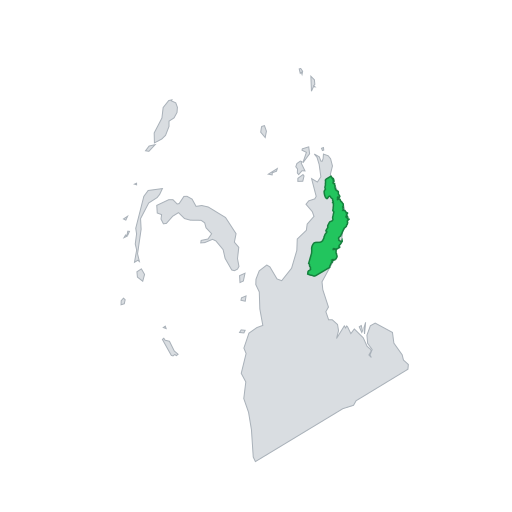 location of Central within Papua New Guinea, rotated 239°
{"feature_id": "PNG-1249", "entity_name": "Central", "entity_type": "Province", "adm_level": 1, "iso_a3": "PNG", "parent_name": "Papua New Guinea", "parent_adm1": "", "projection": "natural_earth1", "projection_center": [147.941, -9.068], "detail": "fine", "context": "in_parent", "style": "filled", "palette": "green", "viewbox_px": 512, "rotation_deg": 239, "n_neighbors": 0, "source": "natural_earth", "source_scale": "10m", "svg_char_len": 9152}
<svg xmlns="http://www.w3.org/2000/svg" viewBox="0 0 512 512"><g transform="rotate(239 256 256)"><path d="M80.7,327.9L80.4,267.3L77.8,262.7L80.4,251.9L80.1,149.6L85.1,150.1L109.4,162.6L125.8,169.1L140.1,172.1L153.3,182.4L163.0,182.9L177.5,197.3L183.3,198.2L193.5,210.2L194.2,219.9L193.0,226.1L208.6,232.0L223.5,240.3L231.6,241.1L236.1,244.0L241.6,251.1L242.7,260.6L239.5,262.3L225.5,262.2L221.6,265.3L227.2,280.2L239.8,293.9L249.3,300.1L252.1,312.4L257.0,316.3L260.1,326.1L265.0,327.1L274.6,325.5L276.1,329.6L274.7,335.8L276.1,338.3L293.7,343.5L287.8,346.7L290.5,352.4L302.0,357.3L309.1,359.1L313.4,358.5L308.4,361.3L303.9,360.5L303.1,361.4L304.9,363.7L308.6,366.3L304.7,369.5L300.9,370.0L293.8,367.9L287.6,361.7L268.4,359.1L261.7,356.4L256.5,357.3L240.9,354.0L235.8,349.7L232.4,343.1L223.2,335.3L221.0,331.4L221.9,326.3L219.4,327.1L214.0,323.3L199.9,299.3L192.7,295.9L174.9,291.8L172.3,287.2L163.9,285.4L162.1,288.5L155.3,290.6L149.5,288.3L143.8,282.5L150.6,295.7L148.2,295.7L149.3,297.7L148.0,298.0L140.6,297.3L142.8,302.7L130.6,305.8L121.5,304.7L117.1,306.1L115.3,305.9L113.0,301.8L109.6,302.6L112.4,302.7L116.0,307.4L123.6,306.7L131.0,310.3L137.3,318.1L137.1,323.6L120.2,333.6L110.3,329.3L96.0,330.4L90.9,328.8L84.5,330.7L80.7,327.9ZM336.6,193.6L340.1,196.4L343.7,193.5L350.5,197.0L349.2,210.2L347.0,213.8L341.2,215.2L340.5,217.1L344.2,224.9L342.7,227.6L337.7,230.5L329.4,230.2L327.2,235.5L322.6,240.3L304.7,249.7L285.4,250.4L279.0,244.6L272.3,245.7L263.3,238.8L255.8,236.0L254.3,233.4L254.5,230.0L256.5,228.0L269.9,228.3L278.4,231.1L289.6,229.4L292.7,227.3L293.9,218.9L295.7,215.4L297.6,217.0L295.3,223.6L297.9,229.4L305.9,227.7L310.9,229.1L314.9,227.3L320.5,218.2L324.9,214.0L333.1,211.9L333.0,205.1L330.1,195.9L331.3,193.2L336.6,193.6ZM434.2,261.3L433.2,264.3L432.7,263.3L428.6,266.1L423.9,265.2L419.7,262.2L416.6,256.9L416.4,250.9L411.9,248.2L406.0,240.6L404.8,235.5L405.3,227.2L413.9,232.1L422.7,246.4L431.1,252.9L434.2,261.3ZM367.7,197.3L362.0,210.5L358.4,205.1L357.0,201.3L356.7,191.3L347.5,176.3L338.1,171.3L318.9,155.6L311.3,153.2L313.2,152.5L313.2,148.6L322.6,156.8L328.5,158.7L336.4,165.0L341.7,167.2L364.9,190.6L367.7,197.3ZM214.5,132.2L232.7,132.8L233.0,134.6L230.6,134.7L227.5,137.9L216.7,137.0L211.9,138.6L211.6,136.4L213.4,135.7L213.1,133.4L214.5,132.2ZM305.9,334.2L309.2,336.4L312.0,336.1L314.2,338.7L314.5,342.9L313.3,343.9L312.5,342.6L303.7,341.8L305.4,339.3L303.8,334.5L305.9,334.2ZM304.0,151.1L297.6,151.0L292.7,145.9L299.0,143.5L303.8,145.8L304.0,151.1ZM318.9,352.6L323.0,349.9L324.0,350.9L322.4,357.4L316.0,354.6L311.7,344.1L318.9,352.6ZM352.8,324.9L359.7,323.8L363.1,326.6L364.1,327.6L363.4,330.4L357.6,329.2L352.8,324.9ZM368.7,388.4L381.8,395.6L376.9,396.8L372.8,394.8L372.3,393.1L370.6,393.7L371.5,392.4L368.7,388.4ZM246.9,237.7L241.1,232.3L241.5,228.6L247.6,231.8L246.9,237.7ZM301.6,338.2L299.9,338.4L296.0,334.6L298.4,330.3L301.0,331.9L301.6,338.2ZM403.4,226.9L400.9,218.1L403.1,215.5L405.3,221.0L403.4,226.9ZM226.9,226.9L222.8,223.5L225.8,220.3L227.6,222.0L226.9,226.9ZM288.1,120.7L285.9,121.3L282.9,118.5L283.7,115.2L287.1,117.4L288.1,120.7ZM200.3,205.2L197.9,208.4L196.3,206.0L198.9,202.5L200.3,205.2ZM319.8,308.7L320.0,319.3L318.1,317.2L319.0,312.8L317.2,311.6L319.8,308.7ZM138.8,311.5L142.7,315.8L133.3,308.9L138.8,311.5ZM142.2,310.4L137.0,308.7L136.0,307.3L142.1,308.0L142.2,310.4ZM394.1,389.4L393.7,390.9L390.3,391.1L388.0,389.0L390.2,389.5L389.8,388.0L394.1,389.4ZM356.0,161.5L356.2,166.4L353.8,162.9L356.0,161.5ZM343.3,158.9L342.3,160.2L339.9,156.8L340.3,156.1L343.3,158.9ZM314.6,367.6L314.2,369.7L311.9,368.6L312.2,367.3L314.6,367.6ZM341.2,155.1L339.4,155.7L339.7,152.3L341.2,155.1ZM242.4,139.7L242.6,142.1L240.1,141.6L242.4,139.7ZM380.2,188.8L379.9,191.1L378.5,190.3L380.2,188.8Z" fill="#d9dde1" stroke="#a8b0b8" stroke-width="1"/><path d="M285.8,361.3L285.2,361.3L284.4,361.5L283.9,361.6L283.3,361.3L283.1,361.5L282.8,361.7L282.4,361.5L282.2,361.7L282.6,361.9L282.6,362.1L281.8,362.1L281.6,362.0L281.6,361.5L281.4,361.3L281.2,361.4L281.0,361.6L280.7,361.7L280.3,361.5L280.6,361.3L280.6,361.1L280.4,361.0L279.8,360.9L279.7,360.7L279.7,360.4L279.6,360.1L278.5,359.6L278.2,359.8L277.8,360.3L277.6,360.6L277.3,360.3L276.8,360.2L276.3,360.0L275.9,360.0L275.6,359.9L273.9,358.9L273.5,358.8L272.9,358.7L272.5,358.5L272.3,358.5L271.8,358.6L271.6,358.6L271.4,358.5L270.9,358.7L270.6,358.8L270.4,358.9L270.1,359.0L269.8,359.2L269.5,359.5L269.3,359.6L268.9,359.7L268.4,359.5L266.8,358.6L266.5,358.5L266.2,358.5L265.0,358.7L264.7,358.7L264.2,358.5L263.9,358.5L263.7,358.4L263.7,357.8L263.5,357.6L263.6,357.3L263.7,357.2L263.4,357.2L263.5,356.9L263.7,356.7L263.9,356.6L264.3,356.6L264.4,356.4L264.2,356.0L263.9,355.8L263.7,356.2L263.6,356.4L263.3,356.3L263.0,356.2L262.9,356.1L262.8,355.8L262.5,354.9L262.4,354.9L262.2,356.0L262.1,356.6L261.7,356.8L261.4,357.1L261.2,357.2L260.9,357.0L259.8,357.0L259.3,356.8L259.0,356.8L258.9,356.9L258.7,357.1L258.4,357.3L258.1,357.3L256.2,357.4L255.8,357.6L254.3,356.9L254.0,356.5L253.8,356.0L253.4,355.5L252.9,355.5L252.7,355.9L252.4,355.6L252.1,355.3L251.8,355.0L251.3,354.7L251.1,354.7L250.6,354.8L250.5,354.7L250.3,354.6L250.2,354.2L249.7,355.0L248.8,355.6L247.6,355.8L246.7,355.5L246.4,356.1L246.1,356.4L245.8,356.6L245.3,356.3L245.1,355.8L244.9,355.2L244.6,354.7L244.3,354.5L243.9,354.6L243.5,354.7L242.9,354.7L243.3,354.4L243.5,354.0L243.5,353.5L243.2,353.2L243.0,353.3L242.8,353.4L242.7,353.6L242.7,354.2L242.2,353.8L241.3,353.6L240.7,353.7L239.8,354.7L239.6,354.7L239.2,352.5L239.0,352.4L238.7,352.3L238.5,352.2L238.3,352.0L238.2,351.8L237.9,351.8L237.6,351.8L237.4,351.8L237.1,351.5L236.2,350.6L236.1,350.1L235.9,349.7L235.6,349.4L235.3,349.1L234.9,348.7L234.8,348.4L234.7,347.9L234.6,346.8L234.5,346.2L234.3,345.7L232.2,342.5L231.6,341.8L231.3,341.4L231.1,341.0L230.9,340.6L230.4,340.3L230.3,340.5L230.3,339.9L230.1,339.4L229.7,339.1L229.5,338.9L229.5,337.9L229.3,336.9L229.1,336.3L228.8,335.9L228.6,335.8L228.1,335.8L227.9,335.8L227.7,335.7L227.3,335.3L227.1,335.1L226.8,335.1L226.5,335.2L225.7,335.8L224.7,336.1L224.3,336.3L224.2,336.6L224.3,337.0L224.5,337.2L225.1,337.9L224.8,337.8L224.4,337.6L224.0,337.3L223.7,336.4L223.1,335.4L222.8,334.8L222.5,333.5L222.3,332.9L221.9,332.3L221.5,332.1L220.5,332.4L220.3,332.0L220.6,331.9L220.8,331.8L220.8,331.6L220.7,331.3L220.5,331.1L220.3,330.4L220.3,329.6L220.6,329.0L220.5,328.9L220.3,328.7L220.2,328.5L220.1,328.3L220.3,328.2L220.7,328.1L221.3,327.6L221.5,327.3L222.2,326.7L222.4,326.4L222.3,326.1L222.3,325.8L222.2,325.6L221.7,325.5L221.6,325.8L221.5,326.1L221.6,326.4L220.9,327.3L220.6,327.5L219.7,327.6L219.0,327.2L218.3,326.7L217.5,326.2L217.2,326.1L216.8,326.2L216.5,326.2L216.4,326.1L216.0,325.9L214.4,325.5L213.9,325.3L213.4,324.8L213.0,324.2L212.7,323.6L212.3,323.0L212.4,322.7L212.4,322.2L212.2,321.8L212.1,321.7L212.2,321.4L212.3,320.9L212.4,320.6L212.8,320.8L213.2,320.4L213.4,320.1L213.5,319.7L213.5,319.2L213.1,319.6L212.7,319.8L212.5,319.7L212.6,319.2L212.4,319.0L212.4,318.8L212.3,318.6L212.2,318.2L211.9,318.2L211.6,318.2L211.4,318.2L211.3,317.7L211.4,317.4L211.3,317.2L211.2,316.8L211.1,316.6L210.0,315.1L209.7,314.6L209.6,314.3L209.4,314.0L208.3,313.3L208.4,297.0L208.8,295.5L209.3,295.0L210.3,294.3L210.7,293.9L211.8,292.6L213.9,291.0L215.8,292.5L216.0,292.8L216.2,293.4L216.2,294.3L216.2,294.7L216.2,295.2L216.4,295.9L216.6,296.1L216.9,296.1L217.1,296.1L217.4,296.2L217.8,296.6L218.1,296.8L218.4,296.9L219.1,296.7L219.5,296.7L219.9,296.8L220.7,297.2L220.9,297.4L221.2,297.4L221.7,297.5L221.9,297.5L222.1,297.5L222.3,297.4L222.5,297.3L229.8,305.1L232.0,306.6L233.7,307.5L234.8,308.3L235.9,309.6L236.8,311.1L237.3,312.6L236.9,314.2L234.8,317.9L234.6,318.7L234.6,319.2L234.7,320.5L234.8,321.0L235.0,321.3L235.7,322.2L236.1,323.0L236.5,323.5L236.8,323.8L237.3,324.1L237.6,324.5L238.5,325.8L238.8,326.1L239.0,326.3L239.1,326.6L239.9,328.7L240.2,329.1L240.4,329.2L240.7,329.3L240.9,329.2L241.1,329.1L241.3,328.9L241.5,328.8L241.9,329.2L243.2,331.7L243.4,332.1L243.6,332.4L243.8,332.5L244.0,332.6L244.5,332.7L244.7,332.8L245.1,333.1L247.0,336.2L247.2,336.7L247.3,337.2L247.2,337.6L247.0,338.4L246.9,338.9L247.0,339.4L247.3,340.3L247.6,340.7L248.0,340.9L249.0,341.2L249.3,341.3L250.1,342.0L250.6,342.6L252.0,343.8L253.3,345.1L253.7,345.4L254.0,345.5L254.3,345.5L254.5,345.4L254.9,345.3L255.2,345.2L255.5,345.3L257.1,346.7L258.1,347.3L259.1,348.2L259.5,348.4L260.1,348.7L260.4,348.9L261.2,349.5L261.3,349.5L261.5,349.6L261.8,349.5L262.0,349.3L262.2,349.2L262.3,349.1L262.5,349.2L262.6,349.3L262.6,349.6L262.6,349.8L262.7,350.1L262.9,350.3L263.2,350.3L263.9,350.3L264.2,350.3L264.5,350.5L265.1,350.9L265.4,351.0L265.6,351.0L266.2,350.7L267.0,350.4L267.3,350.3L268.6,350.3L268.9,350.3L269.2,350.2L269.3,350.1L269.4,349.9L269.5,349.6L269.5,349.0L269.4,348.7L269.3,348.4L268.7,347.2L268.6,346.8L268.6,346.5L268.6,346.4L268.8,346.2L269.3,346.0L269.7,345.9L270.1,345.8L270.7,345.8L271.5,345.9L273.0,346.2L274.8,346.9L276.2,347.6L276.5,348.0L276.9,348.5L277.4,349.7L277.5,349.9L277.6,350.0L278.9,350.2L279.3,350.4L279.7,350.7L280.8,351.8L280.9,352.0L282.1,352.6L282.7,353.0L283.4,353.6L284.7,354.3L285.3,354.5L285.6,355.3L285.8,355.8L285.8,361.3L285.8,361.3Z" fill="#22c55e" stroke="#15803d" stroke-width="1.5"/></g></svg>